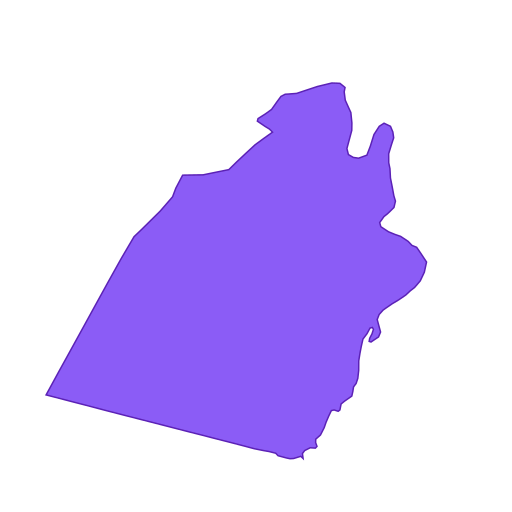 outline of Al-Mada'in, Diyala, Iraq, rotated 195°
{"feature_id": "34846034B77650308075556", "entity_name": "Al-Mada'in", "entity_type": "district", "adm_level": 2, "iso_a3": "IRQ", "parent_name": "Iraq", "parent_adm1": "Diyala", "projection": "mercator", "projection_center": [44.639, 33.217], "detail": "fine", "context": "isolated", "style": "filled", "palette": "violet", "viewbox_px": 512, "rotation_deg": 195, "n_neighbors": 0, "source": "geoboundaries", "source_scale": "gbopen_adm2", "svg_char_len": 2100}
<svg xmlns="http://www.w3.org/2000/svg" viewBox="0 0 512 512"><g transform="rotate(195 256 256)"><path d="M166.7,417.4L170.5,413.2L173.5,403.9L173.7,399.1L174.0,391.7L175.0,382.1L182.3,377.0L184.4,376.8L187.5,376.4L193.0,377.9L195.5,382.4L196.0,383.3L196.0,402.1L197.8,409.3L201.5,419.1L205.7,424.2L210.1,429.6L213.3,437.4L213.6,441.8L215.5,442.7L219.6,444.5L222.9,443.8L227.6,442.7L234.0,439.2L240.6,435.6L251.4,428.5L258.8,423.6L267.0,420.7L269.7,419.8L273.2,416.6L275.8,410.0L277.0,406.7L278.9,401.6L283.6,395.8L284.7,394.6L289.6,389.3L289.6,386.6L284.7,384.9L280.7,383.5L275.9,382.1L274.1,381.1L272.1,379.9L275.3,376.0L278.6,372.0L285.6,363.3L292.1,353.0L299.0,341.9L304.6,332.4L317.9,325.8L328.1,320.7L335.2,318.7L347.5,315.2L347.8,315.0L351.0,300.8L351.9,291.6L360.2,274.5L373.2,252.3L378.8,243.1L385.5,218.8L392.4,191.4L400.0,160.5L404.3,142.9L412.5,109.6L416.3,94.3L422.8,67.5L394.0,67.7L384.4,67.8L361.8,67.9L340.7,68.1L323.8,68.3L296.7,68.6L285.8,68.7L274.1,68.8L261.9,69.0L248.7,69.1L232.3,69.3L217.6,69.4L207.9,69.4L198.4,70.0L192.8,70.5L185.9,70.6L183.0,68.8L182.1,68.8L174.5,68.8L170.7,69.0L167.3,70.1L160.9,74.1L158.1,72.6L160.0,77.2L158.6,80.7L154.0,84.8L148.9,85.8L147.8,87.9L150.1,91.2L150.9,94.5L147.4,99.8L145.7,107.8L145.3,113.5L144.3,120.4L143.2,126.2L140.7,127.5L136.4,127.3L135.1,129.0L135.5,135.1L132.9,138.7L127.2,145.5L127.4,150.2L127.9,154.8L126.3,158.8L126.0,164.2L127.2,172.1L129.6,181.3L130.4,188.9L130.9,195.9L131.2,203.4L128.7,209.6L127.2,215.9L125.1,217.1L123.6,215.6L123.8,210.9L124.9,205.9L124.6,202.8L122.6,202.7L121.7,203.8L119.6,206.2L116.7,209.5L116.0,214.8L122.5,226.0L121.9,231.4L119.2,236.7L117.3,239.0L112.3,244.9L106.8,250.6L101.2,257.1L97.9,262.4L94.7,266.6L90.9,274.5L89.2,283.9L89.7,294.3L97.7,301.4L103.1,306.0L108.1,306.6L112.8,309.5L121.4,312.4L127.3,312.8L134.3,313.7L143.0,316.6L145.2,320.3L142.6,327.2L140.0,330.7L138.1,333.8L135.3,338.6L135.5,345.1L138.4,349.8L142.5,358.4L146.3,366.1L149.2,375.0L151.9,380.4L154.3,389.1L154.0,398.3L153.6,405.8L155.9,411.2L159.7,416.1L166.7,417.4Z" fill="#8b5cf6" stroke="#5b21b6" stroke-width="1.5"/></g></svg>